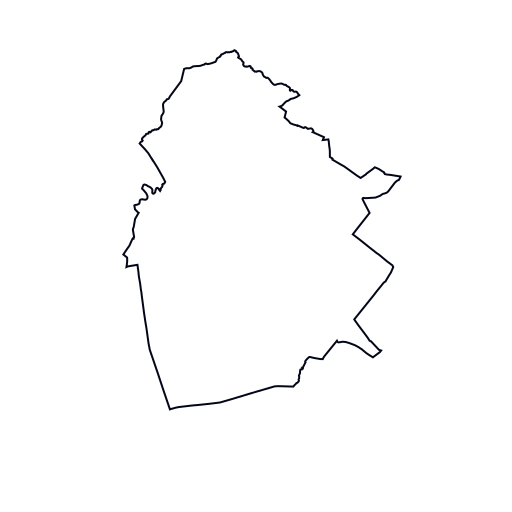 outline of Tezontepec de Aldama, Hidalgo, Mexico, rotated 26°
{"feature_id": "50627088B81234283975343", "entity_name": "Tezontepec de Aldama", "entity_type": "district", "adm_level": 2, "iso_a3": "MEX", "parent_name": "Mexico", "parent_adm1": "Hidalgo", "projection": "orthographic", "projection_center": [-99.302, 20.174], "detail": "fine", "context": "isolated", "style": "outline", "palette": "ink", "viewbox_px": 512, "rotation_deg": 26, "n_neighbors": 0, "source": "geoboundaries", "source_scale": "gbopen_adm2", "svg_char_len": 6027}
<svg xmlns="http://www.w3.org/2000/svg" viewBox="0 0 512 512"><g transform="rotate(26 256 256)"><path d="M224.4,92.4L222.9,91.9L221.2,90.9L220.7,90.7L220.0,90.7L219.5,90.9L218.4,91.6L218.0,91.7L217.2,91.5L216.4,90.9L215.7,90.9L215.2,91.1L214.9,91.5L214.6,92.3L214.4,92.4L214.1,92.4L213.6,92.0L213.3,90.9L213.0,90.4L212.6,90.0L211.9,89.8L210.6,89.7L209.7,89.7L209.3,89.7L208.5,89.4L208.2,89.2L207.7,89.1L207.2,89.5L206.1,89.7L203.8,89.7L202.9,90.0L201.1,91.2L199.6,92.4L198.8,93.3L197.8,94.0L196.8,94.1L195.5,93.8L193.5,93.0L191.3,91.7L189.1,90.8L187.9,90.8L187.2,91.4L186.7,91.4L185.8,91.2L184.5,91.2L182.6,90.0L181.7,88.9L180.9,88.4L179.6,88.1L178.7,88.1L177.4,88.6L175.6,89.9L175.6,90.1L174.9,90.2L174.3,90.8L173.9,90.8L172.0,90.2L171.2,90.1L171.1,89.9L170.8,89.2L170.5,89.0L169.9,89.0L168.8,89.1L168.5,88.8L168.1,88.0L167.1,87.9L166.7,88.2L165.2,89.6L164.6,89.9L164.0,90.0L163.6,90.4L162.3,90.6L161.3,90.2L160.6,89.6L160.4,89.3L160.2,87.9L159.9,87.5L159.6,87.3L159.0,87.2L158.5,87.1L157.7,86.5L156.0,85.7L153.3,85.6L152.9,85.4L152.9,84.5L153.1,84.0L152.3,83.1L150.9,81.8L150.2,81.5L148.8,81.3L148.7,81.2L148.5,80.7L148.3,80.6L147.5,80.6L146.6,80.4L146.2,80.7L146.0,81.6L145.3,82.3L145.0,82.4L144.6,83.3L144.0,83.4L142.8,84.6L142.0,84.8L141.3,85.4L140.3,85.6L139.7,85.9L139.3,86.3L139.3,86.8L138.9,87.2L138.1,88.2L137.5,89.2L136.6,89.9L136.4,90.3L136.5,91.2L136.3,91.5L136.2,92.0L136.4,92.4L134.7,94.9L134.4,95.6L134.6,97.9L134.4,99.3L130.8,102.9L128.9,104.4L128.0,104.9L127.2,104.9L126.5,105.0L125.9,105.7L125.8,106.4L124.6,107.4L122.7,109.4L120.8,110.6L119.4,111.3L117.6,112.4L116.4,113.1L115.1,115.1L114.0,116.3L112.3,117.2L111.1,117.7L109.4,119.4L112.1,131.6L108.7,150.1L108.6,152.8L108.0,153.6L107.3,154.1L107.0,154.7L107.1,155.5L105.9,158.1L105.9,160.2L106.5,161.6L109.7,166.6L110.0,167.9L109.9,169.6L109.6,171.4L110.4,173.8L110.9,175.0L113.3,177.5L113.8,179.7L113.9,180.7L113.7,181.8L112.9,183.2L112.6,184.7L112.4,185.0L111.9,185.1L111.4,185.4L111.3,185.8L110.9,186.3L109.7,186.5L109.3,186.8L108.9,187.8L108.5,188.1L107.7,188.4L107.6,189.0L107.3,189.6L107.0,190.9L106.8,191.2L105.9,191.1L105.5,191.3L105.3,191.9L105.6,192.7L105.6,193.2L104.5,193.9L103.9,194.4L103.7,194.8L103.8,195.6L103.6,196.4L103.1,197.3L102.2,199.7L102.2,200.7L102.4,201.2L103.5,201.9L103.5,202.8L102.9,203.3L102.4,204.1L102.1,205.9L110.3,209.1L114.3,210.9L120.7,215.0L120.7,214.8L128.1,219.4L138.0,226.2L141.9,229.2L141.8,231.1L140.6,232.2L140.5,233.1L141.1,233.5L141.2,234.2L141.3,235.2L140.7,237.4L141.3,238.3L141.4,238.8L141.3,239.6L140.2,239.1L138.3,238.0L137.6,238.0L137.2,238.2L137.0,238.4L136.8,238.8L136.8,240.6L137.4,242.8L137.2,243.8L136.7,244.9L136.3,245.1L135.6,245.0L135.1,244.7L134.8,244.2L134.6,243.7L134.4,243.0L133.7,241.8L133.1,241.3L131.5,240.7L129.6,240.5L128.3,240.6L126.5,240.3L124.5,240.6L124.2,240.8L123.9,241.2L123.7,241.7L123.9,244.7L124.0,245.2L124.6,245.7L125.6,245.9L128.8,247.3L129.9,247.8L131.5,249.1L132.6,250.3L133.0,251.7L132.9,252.6L132.4,253.5L131.5,254.1L128.6,255.0L127.7,255.8L127.3,256.5L127.3,257.0L127.6,258.3L128.0,259.1L128.1,259.8L127.9,260.5L126.8,261.9L124.9,263.2L124.5,263.9L126.8,267.1L130.4,268.4L131.6,268.6L131.5,269.5L131.1,275.8L133.4,283.6L133.5,285.2L133.8,286.3L138.2,292.5L138.2,292.9L138.1,293.3L137.8,293.6L138.3,294.2L137.5,294.8L137.5,297.2L137.7,302.3L137.1,305.7L136.1,312.8L140.8,313.9L141.1,314.3L142.4,316.9L143.7,320.4L144.4,322.7L145.3,321.6L153.3,315.9L157.2,321.7L159.8,325.9L163.9,331.5L167.5,337.0L169.3,339.4L169.7,340.2L180.3,356.2L185.1,363.2L189.3,369.1L197.7,381.6L200.5,385.3L201.4,386.6L219.6,404.9L231.7,417.3L245.9,431.6L246.8,430.6L247.8,429.8L250.1,427.7L252.7,425.7L264.7,418.0L268.6,415.7L279.0,409.2L287.8,403.5L295.9,396.2L312.5,380.8L329.9,365.0L332.9,363.3L346.8,357.0L347.2,355.2L347.7,354.0L348.1,352.4L348.5,352.1L348.9,351.5L349.0,350.8L349.2,350.5L349.3,349.9L349.2,349.2L348.6,348.6L348.4,348.1L348.3,346.8L347.8,345.7L347.0,344.6L346.9,341.8L346.4,341.1L346.0,339.9L345.7,338.9L345.7,338.6L345.9,338.4L346.6,338.0L346.8,337.7L346.9,337.4L346.8,336.9L347.0,337.0L347.0,336.0L346.7,336.0L346.8,335.8L347.2,335.9L347.0,335.3L347.1,330.0L346.8,329.9L346.4,329.0L346.4,328.7L347.0,326.3L347.9,323.9L348.2,323.4L348.5,323.2L350.5,322.7L352.5,322.3L359.1,320.4L361.2,319.4L361.2,317.6L361.4,316.1L365.9,296.7L366.5,297.2L367.0,297.5L367.6,297.6L368.1,297.4L370.1,296.1L371.2,295.2L374.2,294.0L377.6,293.4L384.0,292.8L388.5,293.0L390.3,293.3L391.7,293.4L397.7,294.9L401.2,295.4L405.5,295.8L409.5,288.0L409.9,286.1L407.6,286.4L396.6,282.2L396.0,282.4L395.2,282.3L391.7,280.2L378.8,273.6L372.7,270.3L372.1,269.9L379.1,239.1L379.9,235.1L382.4,224.3L382.9,223.1L383.6,222.0L383.6,220.9L384.0,216.0L384.5,211.4L384.2,205.8L382.7,204.6L376.2,203.4L366.9,201.1L364.9,200.7L363.1,200.5L359.2,199.6L356.6,199.1L341.9,195.8L333.5,194.1L335.1,186.4L339.2,167.5L328.6,159.6L327.3,158.5L326.7,158.0L326.6,157.6L326.7,157.1L327.2,156.6L328.9,156.1L329.7,155.7L337.8,151.1L341.2,147.4L342.3,145.3L342.9,144.5L344.4,143.2L345.0,142.6L345.6,141.9L346.1,141.1L346.6,139.6L348.7,129.1L349.6,126.9L350.7,125.3L351.0,125.2L351.2,123.2L351.1,121.2L341.2,124.2L337.9,125.4L335.9,125.9L334.9,125.3L334.8,124.8L334.6,124.7L333.9,124.6L333.1,124.6L328.2,124.0L324.7,124.1L323.9,124.2L322.8,126.7L319.1,133.7L319.1,134.3L315.8,140.0L311.6,139.5L295.9,136.8L293.2,136.7L282.4,135.9L282.1,134.9L279.0,134.6L276.0,128.6L273.3,124.6L271.1,121.0L269.9,119.5L267.6,121.0L265.2,122.5L265.0,119.4L252.7,119.8L253.0,119.2L253.0,118.6L251.7,117.7L250.9,117.2L250.2,117.1L249.7,117.1L248.7,117.7L247.6,118.4L247.1,118.9L246.6,119.0L245.5,118.7L244.0,118.5L243.5,118.8L243.2,119.2L243.1,119.7L242.8,120.0L242.2,120.1L236.0,120.4L236.0,120.9L234.5,120.9L232.6,121.3L230.5,121.5L229.5,121.6L228.4,121.5L226.4,120.5L222.5,119.3L221.0,119.0L219.7,113.0L211.7,111.4L212.4,110.8L213.4,109.6L214.0,108.1L214.5,106.2L215.3,104.0L215.9,103.2L216.5,102.7L217.3,101.6L217.9,100.6L217.9,100.3L218.3,99.7L220.8,97.6L222.5,95.6L223.4,94.3L224.4,92.4Z" fill="none" stroke="#020617" stroke-width="2"/></g></svg>